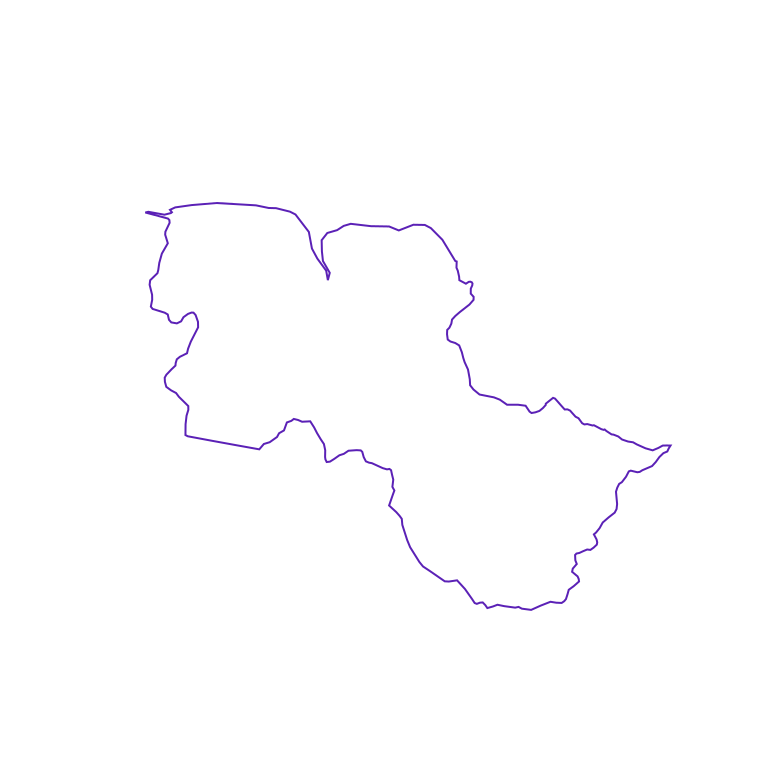 an SVG outline of Guyana, rotated 322°
{"feature_id": "GUY", "entity_name": "Guyana", "entity_type": "country or territory", "adm_level": 0, "iso_a3": "GUY", "parent_name": "South America", "parent_adm1": "", "projection": "orthographic", "projection_center": [-58.817, 4.875], "detail": "fine", "context": "isolated", "style": "outline", "palette": "violet", "viewbox_px": 768, "rotation_deg": 322, "n_neighbors": 0, "source": "natural_earth", "source_scale": "50m", "svg_char_len": 3610}
<svg xmlns="http://www.w3.org/2000/svg" viewBox="0 0 768 768"><g transform="rotate(322 384 384)"><path d="M245.5,358.7L229.3,340.6L213.1,322.4L197.2,304.4L196.1,302.0L202.9,293.5L208.9,287.4L213.9,283.9L216.2,280.9L214.5,267.8L214.6,263.1L212.3,257.9L210.7,252.2L212.7,247.4L215.1,244.0L218.2,242.7L225.7,241.6L231.0,241.1L232.8,239.2L235.9,237.0L239.9,236.9L247.7,238.5L251.3,235.6L257.8,231.7L272.4,224.9L275.7,220.5L278.0,213.7L277.8,210.5L276.3,209.2L272.7,208.1L267.1,207.9L262.7,209.7L258.1,208.7L254.3,204.5L254.1,201.0L256.4,196.1L255.1,192.8L247.9,182.4L247.9,179.5L253.2,174.9L256.2,170.9L260.4,161.5L263.6,158.3L273.7,157.2L276.3,155.2L281.5,150.2L289.2,144.5L300.3,140.0L303.5,131.6L305.5,129.4L314.3,125.0L315.8,122.7L315.6,120.6L301.5,101.9L304.3,103.2L315.2,115.4L321.3,118.1L322.6,118.1L322.6,115.0L328.2,116.3L342.6,124.6L363.6,138.4L393.1,164.4L401.5,174.3L407.2,179.0L416.0,190.3L418.6,195.9L418.4,217.9L410.6,232.9L408.7,244.1L408.2,259.1L403.7,267.6L409.7,263.0L411.6,249.5L416.7,241.3L423.4,232.3L432.3,230.1L441.8,233.9L449.6,234.6L456.4,237.3L470.9,251.6L485.0,263.0L490.2,272.1L505.2,276.6L514.1,283.8L516.9,290.0L518.8,306.3L515.9,330.9L516.7,332.2L512.7,337.0L511.9,340.1L509.3,345.6L507.3,348.6L510.3,355.4L513.7,355.7L515.0,356.5L515.8,357.9L515.6,359.3L514.3,360.6L511.1,362.3L508.0,366.2L508.3,370.5L506.4,372.8L500.2,374.0L488.1,374.0L482.1,374.3L477.3,375.1L474.2,377.9L470.2,379.9L467.1,380.3L464.3,383.6L461.6,388.2L462.5,391.4L465.4,395.6L467.0,399.9L464.9,406.9L462.5,412.3L461.0,416.4L459.1,424.3L454.5,433.1L451.1,438.0L451.1,443.4L452.8,451.1L462.4,462.2L465.6,467.6L468.2,476.1L476.8,482.8L482.2,488.3L481.7,495.4L482.4,497.7L485.8,499.5L489.9,500.9L494.4,500.8L498.5,500.1L499.4,499.1L508.7,499.0L509.8,500.8L510.4,511.1L510.7,515.3L513.0,517.0L514.3,519.6L514.4,521.9L514.8,527.7L516.2,530.7L516.0,536.9L517.0,539.2L519.5,540.7L522.8,545.1L524.0,545.7L524.7,547.2L527.5,553.5L528.9,555.4L529.9,555.7L530.3,557.9L532.3,563.8L533.7,565.2L536.3,569.6L537.4,574.3L540.9,579.6L544.4,583.3L546.0,587.2L550.5,595.7L554.9,601.7L560.8,603.3L565.7,604.1L568.8,606.4L571.9,608.9L568.6,610.1L565.7,611.6L561.6,610.5L556.0,611.1L550.1,612.8L544.7,613.7L534.5,611.0L531.4,610.7L529.3,609.5L525.1,604.2L523.1,603.6L517.6,606.1L511.0,607.8L507.8,607.5L504.0,609.3L500.5,611.7L493.8,622.1L490.3,625.7L486.6,627.4L479.1,627.4L471.1,627.8L465.2,630.3L459.6,631.6L456.8,631.7L455.8,637.4L454.5,640.1L452.8,641.6L448.4,642.0L444.5,641.8L442.2,639.5L437.8,638.3L433.9,637.4L431.3,636.1L429.3,636.4L427.6,638.8L426.2,640.8L425.1,644.5L419.1,645.7L416.6,647.8L418.1,654.8L417.4,657.5L416.1,659.7L409.0,660.1L402.9,659.9L399.4,662.5L395.0,665.5L392.3,666.1L389.2,665.9L385.1,662.4L381.1,658.1L371.0,655.1L360.9,652.6L354.3,645.9L352.8,642.5L349.7,641.0L341.9,633.0L337.5,627.8L332.9,626.4L327.5,624.2L327.7,620.5L327.3,616.9L325.0,615.4L321.8,614.4L320.6,612.4L321.0,607.6L321.6,595.4L320.7,583.7L313.5,579.6L310.4,576.9L305.0,559.6L302.4,551.8L302.3,546.0L304.1,528.7L306.2,521.2L311.7,506.3L315.0,501.2L315.1,497.4L314.8,492.5L313.2,482.9L322.6,476.8L326.6,474.3L327.3,470.2L332.4,465.1L334.6,460.2L336.5,456.3L336.0,454.3L333.8,453.1L331.2,449.5L325.7,438.9L323.8,436.8L322.1,433.8L323.0,429.1L325.1,424.1L324.8,422.0L321.6,419.2L314.9,414.7L309.3,414.3L305.0,412.7L298.7,412.4L293.6,411.9L290.8,410.2L291.4,407.4L292.6,405.3L296.9,400.0L299.7,394.3L300.1,388.8L301.0,381.5L302.2,375.2L302.9,368.0L296.2,363.3L294.1,359.4L291.4,356.0L288.3,356.0L283.8,354.5L276.6,359.0L271.0,358.2L267.1,359.9L258.1,359.5L252.4,357.3L245.5,358.7Z" fill="none" stroke="#5b21b6" stroke-width="2"/></g></svg>